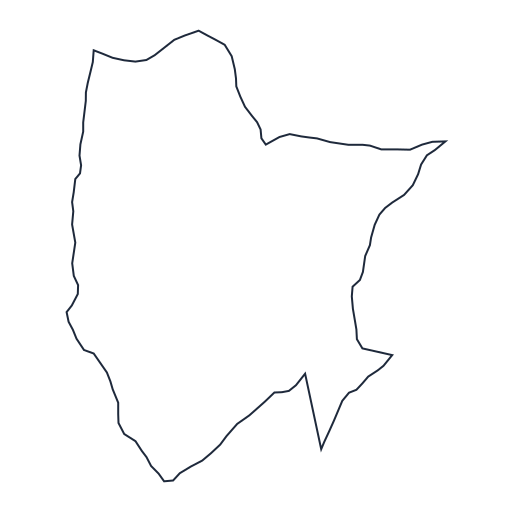 Pradópolis, São Paulo, Brazil
{"feature_id": "56859067B17432749065074", "entity_name": "Pradópolis", "entity_type": "district", "adm_level": 2, "iso_a3": "BRA", "parent_name": "Brazil", "parent_adm1": "São Paulo", "projection": "orthographic", "projection_center": [-48.08, -21.346], "detail": "fine", "context": "isolated", "style": "outline", "palette": "slate", "viewbox_px": 512, "rotation_deg": 0, "n_neighbors": 0, "source": "geoboundaries", "source_scale": "gbopen_adm2", "svg_char_len": 1645}
<svg xmlns="http://www.w3.org/2000/svg" viewBox="0 0 512 512"><path d="M93.7,50.3L92.8,62.1L90.5,71.7L87.8,82.7L85.9,92.4L85.8,100.9L83.2,122.4L83.2,131.6L80.4,144.3L79.5,155.6L81.1,165.3L80.0,173.4L75.3,179.0L73.7,192.4L72.1,202.1L73.3,211.3L72.1,224.5L75.3,242.6L73.8,252.6L72.2,263.3L73.8,275.9L78.1,285.1L77.8,294.0L71.8,305.5L66.6,312.1L68.6,321.8L72.9,329.8L76.5,338.7L84.0,350.0L93.7,353.5L106.9,372.5L110.4,381.4L112.7,389.3L118.2,402.7L118.2,414.1L118.5,423.0L124.2,434.0L135.5,441.2L141.8,450.9L146.5,457.1L151.1,466.0L158.6,473.6L164.1,481.3L173.1,480.5L179.8,473.2L190.9,466.5L202.2,460.6L210.9,453.3L220.2,444.6L226.5,436.1L237.2,423.9L249.3,415.4L264.9,401.6L274.4,392.5L281.9,392.2L288.9,390.9L296.0,385.2L305.1,373.7L321.2,449.2L324.2,442.0L329.3,431.0L334.0,420.5L342.3,400.8L349.0,392.7L356.4,389.8L362.4,383.4L368.2,376.6L377.7,370.4L383.5,365.8L392.2,355.1L362.4,348.4L356.9,339.2L356.4,329.5L355.0,321.1L352.9,308.8L351.8,296.4L352.6,286.7L359.9,280.0L362.9,272.0L365.2,256.0L369.9,245.2L371.1,237.5L374.7,224.8L379.4,214.6L385.2,207.9L392.3,202.5L404.1,194.9L412.8,185.2L418.1,174.2L421.1,164.5L426.9,155.3L435.1,149.9L445.4,141.4L432.4,141.8L422.1,144.6L410.0,149.7L397.0,149.4L381.3,149.4L369.9,145.6L362.7,144.8L348.4,144.8L330.1,142.1L317.0,138.4L309.3,137.5L301.2,136.4L289.7,134.1L279.5,137.0L265.8,144.6L261.4,138.3L260.6,129.5L257.1,122.2L251.8,115.7L245.0,106.8L240.3,96.6L236.3,86.4L236.0,78.5L234.8,69.2L231.7,56.2L224.7,44.8L214.7,39.3L208.0,35.8L198.6,30.7L184.8,35.5L174.3,39.8L154.7,55.2L146.4,60.0L135.4,61.6L124.1,60.3L112.6,57.8L102.3,53.6L93.7,50.3Z" fill="none" stroke="#1e293b" stroke-width="2"/></svg>